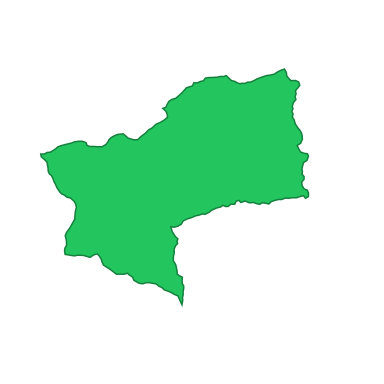 outline of Lutécia, São Paulo, Brazil, rotated 67°
{"feature_id": "56859067B80784550128489", "entity_name": "Lutécia", "entity_type": "district", "adm_level": 2, "iso_a3": "BRA", "parent_name": "Brazil", "parent_adm1": "São Paulo", "projection": "mercator", "projection_center": [-50.379, -22.322], "detail": "fine", "context": "isolated", "style": "filled", "palette": "green", "viewbox_px": 384, "rotation_deg": 67, "n_neighbors": 0, "source": "geoboundaries", "source_scale": "gbopen_adm2", "svg_char_len": 3317}
<svg xmlns="http://www.w3.org/2000/svg" viewBox="0 0 384 384"><g transform="rotate(67 192 192)"><path d="M199.9,333.2L201.5,330.5L203.4,327.7L205.0,324.8L205.4,322.3L206.5,319.7L208.3,316.2L212.3,311.5L211.5,306.7L211.9,303.4L214.9,302.3L218.5,301.8L222.1,302.2L224.8,302.0L228.0,299.8L230.9,297.8L234.9,295.5L238.1,293.7L239.7,290.0L241.2,286.4L241.5,283.2L244.1,282.0L247.0,280.0L250.5,280.0L253.0,278.2L255.6,276.1L257.3,273.0L257.5,270.0L258.6,267.0L260.3,264.5L262.6,260.9L265.8,259.3L268.1,257.1L271.3,255.7L274.3,252.4L276.8,250.1L278.9,248.7L282.2,245.5L287.0,245.5L291.9,245.3L288.0,242.8L285.3,241.9L283.2,240.3L280.2,239.1L277.2,237.1L275.0,236.3L272.6,236.8L270.0,235.8L266.6,234.2L264.2,236.3L261.8,237.7L258.9,236.6L255.9,236.0L252.8,235.4L247.8,236.0L244.2,234.4L241.2,232.2L237.5,230.7L234.9,227.9L233.9,225.4L231.5,225.0L229.6,223.3L226.6,224.7L220.9,225.7L215.8,225.0L217.5,222.0L217.9,218.3L217.5,214.5L215.2,211.4L214.9,207.0L215.4,202.3L215.3,198.6L216.1,194.1L216.2,191.3L217.6,188.7L217.4,184.2L216.5,181.2L216.3,175.6L217.0,171.5L216.3,168.7L218.5,166.8L219.4,164.4L218.4,160.9L220.0,157.5L217.8,155.0L218.0,152.1L220.7,151.1L221.1,146.6L224.4,143.4L225.7,139.5L228.2,136.8L229.8,134.5L229.4,131.6L230.9,128.9L233.1,125.9L231.9,123.0L232.1,118.8L232.8,115.0L234.0,112.3L234.0,108.8L235.5,105.5L236.5,102.0L238.2,97.8L238.4,93.8L239.0,90.8L242.1,90.0L241.7,86.6L238.2,85.1L235.3,85.2L232.9,87.6L229.2,88.1L225.6,87.1L224.1,83.9L221.6,82.8L218.7,83.7L216.4,82.4L213.8,81.8L211.6,80.3L208.5,77.8L207.9,73.9L204.6,70.8L201.9,70.8L200.2,73.6L197.5,76.5L193.5,76.9L190.2,77.0L189.6,72.9L186.6,69.8L182.9,68.5L180.2,68.2L177.2,68.6L173.9,69.6L169.6,70.3L165.5,69.8L162.3,70.3L159.7,68.5L156.7,68.6L154.9,66.5L152.5,66.3L149.3,63.7L147.5,60.2L144.5,59.9L142.4,57.9L139.1,57.1L137.4,53.7L135.9,51.1L132.4,50.8L129.8,53.2L128.1,57.5L125.1,58.6L122.3,59.4L118.7,58.4L114.9,58.9L114.7,62.8L115.0,67.0L115.7,70.2L115.0,73.9L114.0,77.7L113.7,80.6L113.5,83.7L113.3,88.0L113.7,91.6L113.7,95.1L112.6,97.9L112.8,100.6L111.6,103.2L110.8,105.9L109.1,107.8L106.9,109.4L104.8,112.2L101.5,113.6L98.2,115.0L98.1,117.8L96.8,120.4L96.3,123.5L95.4,126.1L94.4,128.9L93.2,131.8L92.4,135.3L94.1,138.1L93.5,141.3L93.6,144.6L92.1,147.5L94.5,150.2L94.2,153.1L93.9,156.3L95.0,158.7L96.5,162.0L97.7,165.1L99.4,170.4L98.9,174.1L99.4,177.6L101.0,179.8L103.8,183.0L103.6,186.2L107.4,184.5L110.4,184.4L113.7,185.4L115.0,189.9L115.5,193.7L115.6,198.9L117.4,203.6L117.8,207.5L119.7,212.1L121.0,217.3L122.6,221.4L121.4,224.8L119.5,227.3L117.6,229.6L115.4,230.7L111.6,232.6L110.0,237.7L109.9,241.4L110.3,245.1L111.3,247.8L112.9,249.7L114.6,252.4L115.2,257.3L114.0,259.7L113.0,262.2L111.6,264.8L110.1,268.4L108.1,270.4L105.3,270.2L102.6,272.9L101.1,276.1L99.9,280.8L99.8,284.4L99.0,288.7L98.2,294.4L98.0,297.8L98.9,300.3L99.6,304.0L100.0,307.0L99.0,309.8L99.3,313.2L97.9,316.4L100.7,317.0L104.7,315.0L107.8,313.9L110.5,314.4L114.1,315.3L116.9,316.3L119.6,316.2L121.8,315.0L125.5,314.7L128.1,315.0L131.2,314.7L135.6,314.6L140.0,313.8L142.9,312.7L144.7,310.9L148.0,309.1L150.1,306.2L154.6,304.1L157.7,303.8L160.9,304.4L164.5,307.1L168.7,309.3L171.0,310.4L173.5,313.5L175.6,316.3L177.4,318.6L180.1,323.2L182.7,325.8L187.0,326.4L192.0,328.2L194.0,330.9L196.3,332.3L199.9,333.2Z" fill="#22c55e" stroke="#15803d" stroke-width="1.5"/></g></svg>